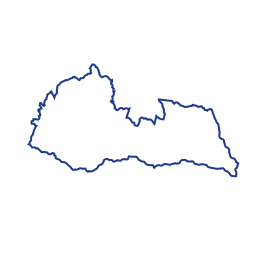 the district of Novo Acordo, Tocantins, Brazil, rotated 168°
{"feature_id": "56859067B81404235342349", "entity_name": "Novo Acordo", "entity_type": "district", "adm_level": 2, "iso_a3": "BRA", "parent_name": "Brazil", "parent_adm1": "Tocantins", "projection": "robinson", "projection_center": [-47.429, -10.16], "detail": "fine", "context": "isolated", "style": "outline", "palette": "blue", "viewbox_px": 256, "rotation_deg": 168, "n_neighbors": 0, "source": "geoboundaries", "source_scale": "gbopen_adm2", "svg_char_len": 5836}
<svg xmlns="http://www.w3.org/2000/svg" viewBox="0 0 256 256"><g transform="rotate(168 128 128)"><path d="M36.7,93.0L37.0,94.0L36.8,95.2L36.9,96.2L37.3,97.0L38.8,97.9L40.1,99.3L40.3,100.2L40.4,101.0L39.7,103.6L39.3,104.4L39.2,105.2L39.3,107.2L38.8,108.9L39.0,111.4L38.8,112.3L39.1,113.4L40.1,115.0L40.3,116.8L41.0,118.9L41.3,121.4L41.8,124.6L42.0,125.5L41.9,126.3L42.2,128.2L42.7,129.1L43.6,129.5L44.3,129.2L45.4,129.3L46.4,129.0L47.0,128.5L47.5,129.2L49.4,129.9L49.3,130.8L49.4,131.5L50.9,132.2L51.0,133.2L51.5,134.0L53.0,133.8L53.7,134.1L55.0,134.0L55.5,134.8L56.7,135.7L57.4,136.0L58.3,136.1L59.3,137.1L60.0,137.3L60.5,136.5L61.2,136.3L62.2,136.6L65.8,136.3L66.4,136.7L68.0,136.7L68.8,137.2L70.1,138.4L71.7,139.0L72.5,139.9L72.8,141.0L73.5,141.4L74.1,142.2L75.4,143.2L76.1,143.2L77.7,142.1L78.3,142.7L78.6,143.7L79.0,144.3L79.1,145.1L79.7,145.6L81.3,145.9L91.9,149.5L92.0,148.5L91.4,147.3L90.0,145.3L89.5,144.3L89.6,142.9L89.9,141.9L89.5,141.3L89.5,140.4L89.0,138.9L89.3,137.2L89.6,136.4L89.6,135.5L89.1,134.8L88.9,134.1L89.4,133.3L89.9,132.9L90.2,131.4L90.9,130.4L91.4,129.1L93.1,129.5L93.8,130.0L95.3,130.7L96.2,132.1L96.9,132.3L97.4,132.8L97.8,133.7L101.3,126.4L101.9,127.1L102.1,128.5L102.6,129.1L102.8,129.9L103.4,130.8L104.2,131.5L104.8,131.9L105.7,131.9L106.4,132.2L107.2,132.0L107.9,133.0L109.0,134.0L109.8,133.7L110.9,134.0L111.4,134.8L112.3,135.4L114.6,134.5L115.0,133.6L115.0,132.1L115.7,131.4L116.0,130.7L117.0,129.6L117.4,128.6L118.3,128.1L120.6,129.0L121.1,129.7L120.8,130.7L120.8,131.9L121.7,132.2L122.3,132.2L122.9,133.4L123.4,134.3L123.7,135.7L124.4,136.6L125.3,137.7L126.0,138.2L126.8,138.4L127.8,137.7L122.5,146.7L123.8,146.6L125.1,147.5L125.9,147.7L128.8,147.4L129.4,148.7L131.1,149.0L131.9,149.0L134.3,147.7L135.3,147.8L135.8,148.2L135.9,149.0L137.0,150.3L136.5,151.1L136.2,151.8L136.6,152.8L136.6,154.0L137.2,154.8L137.3,155.9L136.9,156.7L137.5,156.7L138.3,156.3L138.6,157.0L139.2,157.5L138.4,158.3L137.4,158.6L136.8,160.3L137.0,161.3L136.8,162.2L135.8,162.4L135.2,163.3L135.0,164.0L134.7,164.7L134.6,165.8L133.8,166.6L134.7,167.0L134.3,167.6L134.3,168.7L133.7,169.4L134.3,170.4L135.0,171.0L134.3,172.7L134.3,173.6L135.2,174.1L135.1,175.1L135.2,175.9L134.3,176.1L133.8,177.2L133.7,178.4L134.8,178.1L136.7,181.0L136.9,181.9L138.6,183.3L139.6,183.5L140.5,183.5L141.3,183.3L142.1,183.3L142.9,183.0L144.0,184.1L144.2,185.1L144.9,186.8L144.6,188.0L144.9,189.1L144.8,190.5L145.8,193.9L146.8,194.2L146.8,195.1L147.8,196.9L149.6,197.6L153.0,194.1L152.4,193.4L152.4,192.0L152.7,190.9L152.7,189.4L153.8,188.9L154.4,189.2L155.8,189.4L156.7,188.7L158.7,188.3L159.5,187.9L160.9,186.4L161.5,186.2L163.2,186.4L164.3,186.3L165.5,184.9L166.1,185.2L167.8,187.5L168.6,188.3L169.4,188.5L169.7,189.3L171.3,189.2L171.7,188.6L174.5,188.2L175.2,187.8L177.0,187.7L178.0,187.3L178.9,187.8L180.7,187.3L183.5,186.7L185.1,185.9L185.9,185.0L188.1,183.8L188.7,182.9L189.2,180.6L190.1,179.1L189.9,178.4L190.1,177.0L191.9,175.8L193.3,173.9L193.7,173.1L195.5,179.7L196.3,179.5L196.7,178.9L197.4,178.2L199.7,177.7L201.0,175.1L201.6,174.4L201.7,173.3L203.2,172.6L203.8,172.0L204.1,171.2L204.7,170.1L204.9,169.2L204.7,167.7L205.4,167.1L206.1,167.2L208.0,170.6L208.8,170.6L209.6,168.8L209.5,167.8L208.9,166.6L208.6,165.1L210.9,164.8L211.6,164.6L211.1,163.3L212.0,163.3L211.4,161.9L211.1,160.3L211.0,159.1L211.5,158.4L212.6,158.3L212.5,156.3L213.1,155.5L214.3,154.9L215.6,155.3L216.6,156.0L218.7,156.3L218.8,155.1L219.5,154.7L220.2,154.9L221.0,154.4L221.4,153.1L221.1,152.1L220.3,151.9L219.5,151.9L218.5,151.2L218.2,149.7L217.1,149.2L218.3,148.1L220.7,144.9L221.0,144.1L221.9,142.6L222.4,141.3L223.7,140.5L224.5,139.3L224.8,138.6L225.2,136.6L225.8,135.6L227.0,134.8L227.4,133.3L228.4,132.7L227.5,132.0L226.7,131.1L225.9,129.0L222.6,128.1L222.0,127.0L221.2,127.2L220.3,126.5L219.6,125.7L219.2,124.7L218.5,124.1L217.7,122.4L216.8,122.2L214.8,121.9L212.6,121.1L211.9,120.6L211.3,119.2L210.3,118.7L209.3,118.4L208.3,118.5L207.2,119.3L205.6,118.4L205.4,117.6L205.8,116.7L205.4,116.1L204.9,115.7L204.6,114.9L205.0,113.7L204.4,112.9L202.6,112.0L201.8,111.3L201.1,110.5L200.5,109.1L199.7,108.4L198.7,108.1L197.7,108.0L196.7,107.4L195.4,106.1L194.6,104.7L192.2,101.4L191.7,100.2L190.6,98.6L189.8,98.4L188.3,98.4L187.5,98.0L185.6,98.0L183.5,98.6L181.4,98.0L180.8,97.5L180.1,97.4L178.6,97.4L178.1,96.8L177.7,95.4L177.4,94.7L176.3,93.6L175.5,94.0L174.9,93.5L174.1,93.6L173.3,93.2L171.6,93.2L170.2,93.6L169.0,94.2L168.1,94.3L166.5,95.1L164.5,97.3L163.1,97.8L161.6,97.8L160.5,98.2L160.0,99.1L159.0,99.8L158.3,101.5L157.1,102.1L155.2,102.2L154.1,101.7L153.5,100.9L152.5,100.5L151.3,100.4L150.1,99.7L149.8,98.8L148.8,97.9L146.1,98.4L144.8,98.8L144.1,98.1L142.0,97.5L141.1,98.0L140.3,98.4L138.6,98.4L136.0,97.5L134.9,97.5L134.0,98.2L133.5,99.5L132.8,100.1L131.3,99.4L129.6,98.9L128.5,98.8L126.0,98.2L125.2,97.4L123.9,94.4L122.8,93.6L121.8,92.6L119.2,91.6L118.0,89.3L116.2,87.7L111.8,86.5L111.0,85.9L110.9,84.8L110.9,84.0L110.3,83.6L109.3,84.6L107.3,85.3L105.6,85.3L103.6,84.3L102.7,84.2L100.0,85.2L98.1,84.7L95.2,83.4L94.2,83.3L91.5,83.8L90.6,83.5L89.4,83.9L88.2,83.1L86.7,83.2L85.8,82.7L85.0,82.9L83.5,84.7L82.0,85.4L81.1,85.4L80.5,85.2L78.7,85.0L77.8,84.1L77.0,83.0L76.1,83.0L75.3,82.5L73.3,82.0L72.5,82.3L71.7,81.9L71.1,81.3L70.4,79.5L69.6,78.8L68.8,78.7L68.2,78.1L66.1,77.3L62.5,77.1L59.7,75.9L58.7,75.2L58.2,73.8L57.6,73.2L55.7,72.1L50.4,69.9L48.8,69.5L45.1,69.0L43.8,69.1L43.0,68.5L42.0,66.3L41.3,65.7L40.1,65.0L39.1,63.9L38.3,62.7L37.2,60.2L36.7,59.7L35.4,59.1L34.5,59.0L33.4,58.4L32.2,58.6L31.3,61.6L31.3,62.5L31.8,64.7L31.4,65.6L30.8,66.0L30.0,66.3L29.4,66.9L28.8,68.5L27.6,70.1L27.8,71.1L28.8,71.6L29.4,72.5L29.3,73.5L30.0,75.4L30.8,76.3L31.9,76.6L32.7,77.1L33.3,77.8L33.8,79.3L34.0,80.3L33.8,81.3L34.1,83.2L33.6,85.3L33.6,86.2L33.9,87.1L34.6,87.8L35.1,88.4L35.9,88.8L36.4,89.6L36.7,91.3L36.7,93.0Z" fill="none" stroke="#1e3a8a" stroke-width="2"/></g></svg>